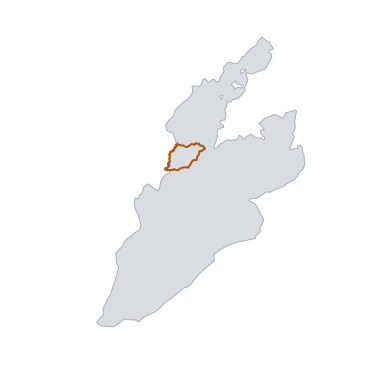 location of Kara-Kulja, Osh, Kyrgyzstan, rotated 137°
{"feature_id": "92254566B85310994889224", "entity_name": "Kara-Kulja", "entity_type": "district", "adm_level": 2, "iso_a3": "KGZ", "parent_name": "Kyrgyzstan", "parent_adm1": "Osh", "projection": "mercator", "projection_center": [74.361, 40.398], "detail": "fine", "context": "in_parent", "style": "outline", "palette": "amber", "viewbox_px": 384, "rotation_deg": 137, "n_neighbors": 0, "source": "geoboundaries", "source_scale": "gbopen_adm2", "svg_char_len": 6287}
<svg xmlns="http://www.w3.org/2000/svg" viewBox="0 0 384 384"><g transform="rotate(137 192 192)"><path d="M83.0,230.7L83.9,230.1L86.9,229.5L93.0,228.9L95.0,229.3L99.2,231.8L102.4,231.5L103.0,231.9L104.2,234.0L108.6,230.9L111.8,229.9L113.4,226.8L116.8,223.1L119.8,222.5L119.8,223.1L120.4,223.7L123.4,224.5L124.3,223.6L124.7,222.2L123.7,220.1L123.7,219.2L124.6,217.8L129.4,219.9L130.5,219.8L132.6,218.7L134.6,216.7L135.4,215.1L145.1,209.9L145.8,209.0L145.7,208.3L141.6,207.1L139.7,207.8L138.0,207.8L137.0,207.0L132.0,206.7L130.9,206.2L127.6,202.5L123.5,200.1L121.5,200.2L119.2,201.2L118.4,200.8L118.3,197.2L117.8,195.1L116.4,194.6L114.6,195.5L109.5,194.3L108.9,189.8L107.1,185.9L104.4,184.4L104.3,182.0L103.4,181.0L102.6,181.3L101.6,182.5L102.1,185.1L101.7,187.7L101.1,189.0L99.9,190.0L98.6,190.0L96.3,188.7L96.0,196.6L95.5,197.0L92.8,195.9L90.6,196.4L87.4,195.9L84.9,194.6L80.2,193.2L77.9,191.7L76.5,186.4L75.2,184.5L74.0,184.1L69.0,185.9L63.7,182.7L61.1,182.0L60.5,181.0L60.6,179.8L68.5,173.9L71.6,169.8L73.6,168.1L78.5,166.3L79.6,162.5L80.1,162.1L85.1,160.2L90.8,156.9L90.9,156.0L90.3,155.2L85.2,152.2L82.7,153.6L81.1,151.8L81.1,150.0L82.8,146.9L84.3,145.4L84.9,142.4L86.9,140.4L89.0,137.2L91.6,134.6L96.4,132.7L99.0,133.3L101.5,132.8L105.4,131.3L107.8,131.1L117.7,133.6L121.0,133.7L128.7,136.8L134.8,138.4L137.7,141.4L147.4,142.7L150.0,143.6L151.0,145.1L153.8,146.9L156.1,147.3L154.0,140.1L154.9,135.8L157.9,124.0L159.5,122.2L167.4,118.9L169.3,116.4L174.9,116.5L176.1,116.0L176.8,114.6L194.3,125.0L200.9,127.9L210.1,130.6L217.9,131.4L219.2,130.8L222.3,126.8L223.8,126.6L243.1,127.3L256.9,125.2L258.9,125.3L264.0,127.6L280.4,128.3L286.8,129.7L296.9,129.2L301.2,129.5L308.9,132.4L311.6,133.0L316.7,133.4L318.6,133.0L319.7,133.6L320.8,137.3L325.5,141.9L327.3,144.4L329.1,145.4L338.1,146.2L341.5,147.2L349.8,155.9L350.9,160.9L350.0,162.0L341.2,162.7L339.2,163.4L337.0,167.2L325.2,171.7L323.4,171.7L307.5,180.3L296.5,187.5L296.1,191.0L289.7,198.9L284.8,199.8L280.8,199.6L274.0,202.0L265.4,201.2L262.5,201.4L256.9,200.3L254.6,200.8L252.2,202.4L248.8,208.7L247.5,210.2L246.9,211.6L246.4,214.6L245.1,217.8L242.3,222.7L239.8,225.0L237.6,226.4L235.9,223.4L232.9,225.5L230.2,225.1L228.5,225.7L224.7,228.3L219.1,228.2L218.5,227.3L217.4,220.2L216.4,216.8L215.6,216.0L214.6,216.0L206.5,221.6L202.8,222.5L199.7,222.7L195.7,221.0L194.8,221.5L194.1,222.4L193.8,223.5L195.0,226.7L194.7,227.3L192.9,227.2L190.3,228.0L182.6,234.5L177.7,236.2L173.2,236.9L170.5,238.1L169.0,240.5L166.0,247.2L166.1,248.6L167.3,250.4L168.3,254.5L168.0,255.5L165.6,258.9L162.5,259.9L160.1,260.4L155.4,259.9L153.1,260.6L148.7,263.1L145.0,263.6L138.2,263.7L131.5,262.7L129.3,263.0L123.4,264.5L121.3,266.9L120.2,269.1L119.7,269.4L117.3,267.4L114.3,264.0L112.8,264.0L107.4,266.8L106.7,266.7L105.1,265.7L105.3,261.3L103.6,260.4L100.0,260.2L98.7,259.2L99.1,256.4L98.7,255.4L97.8,254.6L95.9,254.8L92.1,257.1L87.6,257.9L86.1,258.7L84.3,261.7L78.4,262.4L76.5,261.7L72.9,256.0L69.8,255.2L66.7,255.4L62.4,256.9L61.4,255.7L60.3,255.3L59.3,256.3L54.1,256.5L48.8,256.3L45.8,255.7L43.8,255.7L39.9,257.3L35.1,257.5L34.6,252.2L33.1,248.7L34.6,242.8L35.4,240.9L39.0,243.1L40.2,242.7L40.6,241.6L40.0,238.9L41.8,236.0L54.4,232.1L68.4,237.8L70.2,241.6L71.4,241.4L73.4,239.7L73.9,236.6L76.7,234.8L82.7,232.6L83.0,230.7ZM90.1,243.7L90.4,243.2L89.4,240.5L90.8,237.9L88.0,237.5L86.5,236.7L84.9,234.1L84.4,234.0L83.5,234.7L83.1,236.4L83.5,238.2L85.5,240.0L84.5,243.6L88.7,244.1L90.1,243.7ZM75.6,246.3L75.5,245.5L74.5,245.1L69.3,244.1L69.5,244.8L71.5,247.6L73.0,247.7L75.6,246.3ZM106.7,241.6L107.0,239.9L103.8,240.9L103.5,241.7L104.6,242.8L105.9,243.2L106.7,241.6Z" fill="#d9dde1" stroke="#a8b0b8" stroke-width="1"/><path d="M171.2,237.0L171.2,236.9L171.1,236.7L171.4,236.5L171.5,236.4L171.6,236.2L171.8,236.1L171.9,235.9L172.0,236.0L172.3,236.1L172.3,236.3L172.5,236.4L172.6,236.5L172.7,236.8L172.7,236.7L172.8,236.7L173.0,236.7L173.3,236.5L173.3,236.4L173.5,236.4L173.8,236.4L173.8,236.2L174.0,236.0L174.1,235.9L174.0,235.7L174.3,235.5L174.5,235.6L174.8,235.7L175.1,235.6L175.3,235.5L175.3,235.4L175.5,235.3L175.8,235.4L176.0,235.3L176.0,235.2L176.4,235.2L176.5,235.1L176.8,235.0L176.9,234.9L177.0,234.9L177.2,235.0L177.3,235.1L177.5,235.0L177.8,235.0L177.9,234.9L178.0,234.8L178.1,234.7L178.3,234.8L178.4,235.0L178.4,235.3L178.5,235.3L178.6,235.5L178.8,235.8L179.0,235.8L179.1,235.7L179.3,235.5L179.4,235.4L179.5,235.4L179.7,235.5L179.8,235.5L179.8,235.8L180.0,235.9L180.3,236.0L180.5,236.2L180.8,236.1L181.0,236.0L181.0,235.9L181.3,235.8L181.4,235.7L181.5,235.5L181.6,235.4L181.8,235.3L182.0,235.2L182.2,234.9L182.3,234.9L182.2,234.8L182.3,234.7L182.5,234.6L182.8,234.6L182.9,234.4L183.0,234.3L183.1,234.2L183.3,234.1L183.5,233.9L183.8,233.8L183.8,233.7L184.0,233.5L184.1,233.4L184.1,233.2L184.3,233.0L184.3,232.9L184.5,232.9L184.6,232.7L184.8,232.4L184.9,232.2L185.0,232.1L185.3,232.0L185.5,231.9L185.9,231.8L185.9,231.7L186.1,231.6L186.2,231.4L186.3,231.3L186.4,231.2L186.5,230.9L186.6,230.7L186.8,230.4L186.9,230.2L187.0,230.0L187.0,229.9L187.3,229.7L187.5,229.6L187.6,229.4L187.6,229.2L187.8,229.1L188.0,229.1L188.3,229.0L188.5,229.1L188.8,229.0L189.0,229.0L189.2,229.4L189.4,229.4L189.8,229.4L189.9,229.2L190.0,229.2L190.3,228.9L190.5,228.8L190.4,228.6L190.3,228.4L190.5,228.3L190.6,228.1L190.7,227.9L190.8,227.8L190.8,227.7L190.9,227.4L190.9,227.2L191.0,227.1L190.8,226.9L190.8,226.7L190.7,226.7L190.8,226.5L191.0,226.5L191.3,226.5L191.7,226.6L191.8,226.7L192.0,226.7L192.3,226.4L192.5,226.4L192.5,226.5L192.8,226.6L193.0,226.5L193.4,226.5L193.5,226.4L193.8,226.4L193.9,226.5L195.0,227.6L196.4,226.9L195.0,224.4L194.0,223.6L194.2,223.8L193.6,223.3L193.3,223.1L192.8,222.9L190.7,221.0L189.7,221.1L188.5,218.9L187.6,217.6L184.3,217.2L181.3,215.6L179.7,214.3L177.9,212.3L176.3,213.1L174.5,213.1L171.6,214.3L169.2,214.4L168.7,213.5L166.6,212.4L163.9,214.3L162.3,214.4L160.4,215.3L158.8,216.7L157.9,216.3L157.3,215.4L155.2,215.4L153.5,214.7L152.7,215.7L152.9,217.2L152.5,218.1L153.0,218.9L154.3,220.2L154.3,221.1L154.0,222.5L154.4,222.5L154.9,222.7L155.2,224.2L156.2,225.1L157.3,225.3L157.8,224.8L158.7,226.1L159.3,227.1L160.5,227.6L162.9,227.8L164.8,228.2L165.8,229.3L166.3,230.9L166.4,231.9L167.5,232.6L168.3,233.5L168.5,234.3L169.7,236.0L169.7,237.0L170.1,236.7L170.8,236.6L171.2,237.0Z" fill="none" stroke="#b45309" stroke-width="2"/></g></svg>